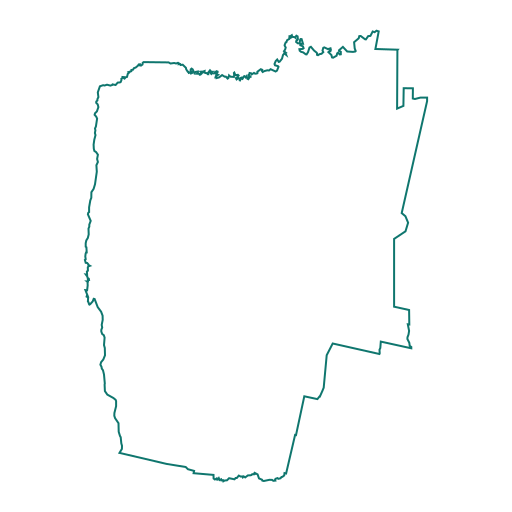 outline of Calamuchita, Córdoba, Argentina
{"feature_id": "61730980B46916447207534", "entity_name": "Calamuchita", "entity_type": "district", "adm_level": 2, "iso_a3": "ARG", "parent_name": "Argentina", "parent_adm1": "Córdoba", "projection": "orthographic", "projection_center": [-64.638, -32.22], "detail": "fine", "context": "isolated", "style": "outline", "palette": "teal", "viewbox_px": 512, "rotation_deg": 0, "n_neighbors": 0, "source": "geoboundaries", "source_scale": "gbopen_adm2", "svg_char_len": 5754}
<svg xmlns="http://www.w3.org/2000/svg" viewBox="0 0 512 512"><path d="M119.5,452.9L166.5,463.9L185.7,467.0L187.9,469.2L194.1,470.9L193.6,473.2L213.5,474.9L213.6,478.5L214.9,479.5L216.7,478.4L217.2,479.7L217.7,479.6L218.8,478.1L219.6,480.0L221.1,479.3L221.4,480.4L222.9,480.1L223.3,481.3L224.7,480.5L227.0,480.3L229.1,478.2L234.5,479.3L235.6,478.0L236.8,478.0L238.8,475.6L240.8,476.6L242.2,476.4L242.8,477.4L243.7,476.4L245.2,477.4L247.9,475.4L250.4,475.3L251.5,475.0L252.2,474.2L253.9,474.3L254.1,473.6L254.8,473.8L254.9,473.0L257.6,474.4L259.0,478.4L262.0,479.7L262.3,480.6L263.8,481.0L269.5,479.8L272.1,479.9L273.3,480.8L275.3,480.6L275.0,479.8L275.5,478.8L277.5,478.1L278.3,478.8L280.5,478.3L281.5,477.0L282.3,476.9L284.2,475.5L284.5,473.1L286.1,473.5L295.1,434.9L296.0,435.1L304.3,396.3L317.4,399.1L319.6,396.4L319.9,396.5L322.3,391.1L323.7,387.7L326.7,355.2L332.7,343.5L379.4,354.0L379.7,353.3L379.5,349.8L380.3,348.0L380.8,341.6L411.3,348.3L411.3,347.0L409.7,345.8L409.3,342.8L407.4,339.0L407.5,337.2L408.5,334.6L409.1,330.9L407.8,324.3L409.3,324.5L409.1,310.0L394.1,306.7L394.1,238.9L405.5,231.3L408.1,222.7L405.4,216.2L401.7,213.1L427.1,101.1L427.1,97.6L420.4,97.6L414.9,99.0L412.8,98.5L412.9,88.3L403.7,88.2L403.4,105.9L397.1,108.6L397.4,50.3L397.8,49.7L375.4,49.0L378.7,31.4L376.5,30.7L374.6,32.2L372.7,31.5L370.4,35.9L368.2,36.1L365.9,39.4L365.1,39.3L360.7,36.0L359.3,36.1L358.7,38.3L354.1,42.2L354.7,48.4L355.7,51.0L355.3,51.5L353.0,51.9L347.2,51.5L342.9,46.9L339.0,50.3L339.1,50.9L340.8,51.8L340.8,54.3L339.8,54.5L338.0,52.7L337.2,53.3L336.6,55.7L333.1,57.7L332.0,57.4L331.4,55.0L328.4,52.1L329.4,51.1L330.3,51.1L330.2,50.4L330.9,49.9L330.5,48.3L327.9,49.1L324.3,47.4L323.3,47.8L322.5,50.6L323.3,52.1L321.5,53.8L319.7,54.1L318.0,55.2L317.0,54.8L317.1,53.5L316.7,52.7L314.0,50.5L310.9,46.8L309.5,47.5L308.0,52.2L306.6,54.4L305.7,54.3L303.2,52.4L301.0,51.8L299.7,50.7L299.4,49.2L302.7,48.9L303.6,48.2L302.9,46.3L300.3,45.2L300.3,44.6L300.9,43.8L303.0,43.8L301.6,39.1L300.7,39.0L300.2,39.5L299.6,43.3L297.8,43.3L296.1,41.9L296.4,40.7L297.3,40.2L297.9,39.2L297.6,36.4L296.4,35.7L295.2,37.2L295.3,37.7L294.7,37.2L292.5,36.8L291.2,37.5L291.4,36.5L292.0,36.0L291.8,35.2L290.2,36.3L289.5,36.2L289.2,39.0L287.1,40.2L286.4,42.2L285.7,42.4L284.8,44.5L284.6,45.5L285.7,47.5L285.1,49.6L284.0,51.2L285.1,52.1L284.4,52.1L284.5,53.1L285.8,53.8L286.2,54.9L284.3,53.4L283.0,55.0L282.0,58.7L279.6,61.7L278.7,61.9L277.2,59.5L275.7,61.1L274.5,64.0L275.0,65.3L277.9,66.1L278.5,66.8L277.0,70.6L275.6,71.5L270.6,69.2L269.0,70.5L267.3,70.3L264.3,71.1L262.7,72.0L261.9,70.9L262.2,69.8L260.8,69.2L257.4,71.7L257.5,73.0L256.9,73.5L255.1,73.7L254.0,72.9L251.7,74.4L251.1,73.3L249.6,73.0L249.3,74.2L248.5,75.0L249.1,76.1L250.0,76.1L250.5,76.8L249.6,77.2L248.3,79.2L247.5,78.8L247.8,77.5L247.0,77.3L246.6,76.3L245.8,77.5L244.6,76.1L244.1,76.2L242.4,79.0L241.8,78.8L241.6,77.6L240.8,77.9L240.1,80.4L239.7,80.3L239.4,78.5L238.5,78.0L236.6,79.4L235.9,78.1L237.4,77.1L238.6,75.5L237.9,74.8L235.4,75.2L234.3,72.6L233.9,73.0L234.2,75.2L233.8,76.9L230.5,76.7L229.1,75.5L229.0,76.6L228.1,77.1L228.3,78.1L227.6,78.6L225.8,76.6L224.7,76.7L222.1,75.1L219.1,77.4L216.5,78.1L216.4,77.2L215.5,77.3L215.8,76.2L216.6,74.9L217.5,75.2L218.1,74.8L216.0,73.8L217.6,72.2L217.6,71.6L216.6,71.2L213.8,73.4L211.7,73.3L211.3,73.9L210.1,72.7L211.7,71.8L210.3,71.8L210.7,71.1L210.0,70.3L208.0,72.9L208.2,74.2L207.7,74.2L206.9,73.1L205.2,73.0L204.5,72.3L204.6,71.0L203.5,71.4L203.8,71.9L203.6,72.3L202.5,72.4L201.9,71.6L200.8,71.7L202.1,72.9L201.6,73.5L201.0,72.9L200.4,74.6L199.7,74.7L199.4,73.8L197.1,73.7L197.9,73.2L197.9,71.5L195.7,71.9L194.3,73.0L192.7,69.4L191.6,68.6L190.7,69.4L190.7,70.7L191.8,72.1L192.0,73.0L190.9,73.5L190.3,72.4L188.8,72.9L188.5,71.8L187.8,71.8L186.2,69.3L185.9,67.8L182.7,64.7L180.6,65.0L180.2,64.1L178.8,64.2L179.1,63.5L178.0,62.8L176.1,63.5L174.2,63.0L170.5,63.5L168.6,62.4L143.6,62.1L142.7,62.8L142.5,64.5L141.0,65.6L139.9,65.4L139.9,64.3L138.8,64.4L137.8,65.8L135.6,67.6L134.0,68.1L133.0,69.7L131.4,70.0L131.3,71.2L128.5,72.1L129.0,72.7L127.8,73.8L127.0,76.9L125.8,77.2L124.5,78.6L123.7,78.1L123.9,77.1L122.6,77.0L122.7,77.6L121.3,78.9L121.5,79.9L120.7,82.0L120.0,82.4L117.7,82.6L115.6,85.0L112.6,84.4L112.4,84.9L110.4,85.6L107.0,84.7L104.6,85.5L103.1,85.2L99.9,86.3L97.8,92.4L98.4,97.1L97.4,99.2L97.4,100.5L96.3,101.5L96.2,102.8L97.7,104.4L98.4,107.1L96.9,111.4L95.0,113.3L94.6,114.8L96.2,116.6L97.1,118.6L95.9,126.5L95.0,128.5L95.4,130.4L94.9,133.0L95.5,135.1L94.3,139.7L93.6,144.6L93.8,148.7L94.4,151.0L96.1,152.1L97.9,154.7L97.1,159.0L97.9,162.0L96.4,165.2L96.8,171.7L95.0,184.3L93.6,188.9L91.4,192.2L91.3,197.8L90.3,200.4L89.1,207.3L89.1,212.1L88.3,212.7L87.9,214.3L90.7,220.9L89.3,224.6L89.3,226.6L88.5,228.6L88.7,234.4L87.8,238.0L86.3,240.4L85.7,243.2L85.7,246.7L86.4,247.3L86.7,252.4L86.1,252.4L85.6,253.8L85.3,256.5L85.7,259.2L84.9,259.9L85.7,262.8L87.2,263.0L88.3,264.3L88.3,264.9L89.9,265.8L88.5,266.3L87.8,267.3L87.9,270.7L86.9,271.5L87.1,274.7L85.8,274.5L87.3,276.6L87.6,277.9L88.8,278.7L89.0,279.9L87.9,279.8L88.0,281.4L87.0,281.4L87.5,281.8L87.7,285.3L87.1,290.3L85.4,290.1L87.4,295.2L87.1,295.0L86.6,296.6L87.7,297.2L88.1,298.2L87.9,301.5L88.6,302.4L88.9,303.9L89.4,304.6L90.2,304.2L92.7,301.4L93.7,298.8L94.6,299.0L97.7,307.1L101.1,311.7L102.6,315.7L102.7,319.9L101.7,324.9L102.2,327.5L101.3,329.9L101.3,331.5L102.2,334.0L103.8,335.2L104.6,337.6L104.0,345.1L104.8,348.0L105.0,355.3L103.3,359.5L101.1,362.2L100.4,364.7L101.5,366.8L101.8,368.6L103.0,370.3L104.0,374.5L104.8,383.5L104.6,384.6L104.9,391.1L107.3,394.6L113.4,398.0L115.6,399.8L116.1,401.1L116.1,406.2L114.4,413.0L114.3,415.8L115.1,418.2L118.5,423.2L118.7,431.8L120.0,436.0L120.7,437.2L121.3,443.3L122.0,445.8L121.9,448.9L119.5,452.9Z" fill="none" stroke="#0f766e" stroke-width="2"/></svg>